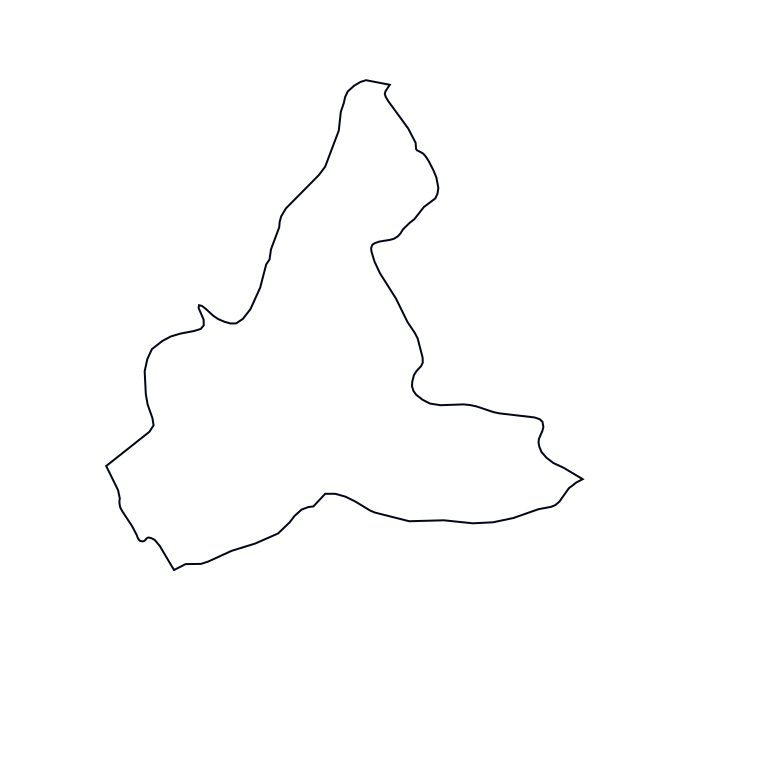 the Province of Imbabura, rotated 119°
{"feature_id": "ECU-1410", "entity_name": "Imbabura", "entity_type": "Province", "adm_level": 1, "iso_a3": "ECU", "parent_name": "Ecuador", "parent_adm1": "", "projection": "equal_earth", "projection_center": [-78.392, 0.503], "detail": "fine", "context": "isolated", "style": "outline", "palette": "ink", "viewbox_px": 768, "rotation_deg": 119, "n_neighbors": 0, "source": "natural_earth", "source_scale": "10m", "svg_char_len": 2146}
<svg xmlns="http://www.w3.org/2000/svg" viewBox="0 0 768 768"><g transform="rotate(119 384 384)"><path d="M648.5,477.5L634.4,501.5L631.5,509.0L631.7,513.1L632.1,514.6L632.5,515.6L633.2,516.2L633.9,516.7L635.0,517.0L636.2,517.1L637.4,517.6L638.6,518.6L639.5,521.1L639.0,523.0L637.7,525.1L636.0,527.0L630.4,535.5L622.2,551.2L620.1,554.5L618.5,556.0L616.5,557.6L614.4,558.8L612.3,559.5L605.8,565.1L590.4,587.2L539.5,566.0L531.9,565.5L526.3,569.8L516.4,580.9L508.5,587.3L488.9,599.5L476.9,603.1L466.0,603.9L453.6,598.6L445.8,593.5L438.9,586.8L429.6,575.7L424.7,571.0L420.1,570.1L415.2,572.9L407.4,583.0L404.8,584.0L404.0,581.1L404.6,576.8L407.1,566.4L407.6,560.7L406.9,553.6L405.5,547.7L402.7,542.7L395.4,539.0L383.3,537.1L359.8,539.0L336.6,545.0L330.5,544.5L321.1,548.1L297.8,551.6L292.9,553.8L287.3,555.2L277.9,554.9L233.0,542.3L222.4,540.8L184.3,546.4L166.9,553.7L157.6,555.4L152.0,557.1L145.6,557.5L137.7,554.8L131.2,551.0L127.0,547.0L119.5,524.0L127.2,524.6L129.8,524.0L131.9,521.9L134.4,517.7L148.8,486.7L157.7,473.3L162.9,469.9L163.6,468.4L163.4,464.5L163.5,461.4L164.8,457.8L167.4,453.0L172.9,444.7L177.8,438.5L186.2,431.5L191.6,429.5L196.8,429.1L209.8,434.9L225.3,437.4L230.6,439.7L239.6,442.4L244.5,442.6L248.2,443.5L252.1,445.7L255.0,448.6L261.5,456.9L265.2,460.3L267.8,461.7L271.3,461.2L274.1,459.3L281.5,451.7L289.1,441.2L303.5,414.9L318.4,393.5L324.5,381.6L327.9,376.6L342.1,363.1L346.4,360.5L350.2,360.2L357.2,361.9L361.8,362.1L368.0,360.5L372.3,358.5L375.7,355.0L377.8,350.7L379.1,342.6L378.8,334.2L375.1,324.2L363.3,304.6L360.8,298.8L358.8,292.4L355.5,274.5L353.6,268.5L340.3,236.2L339.3,230.8L340.2,227.1L344.4,223.7L348.5,222.7L356.9,221.9L360.4,220.4L363.4,217.9L367.1,213.4L369.7,206.2L371.0,197.5L370.2,186.5L370.9,164.1L376.8,168.0L385.6,171.8L401.9,173.6L407.0,175.5L410.7,178.6L418.5,188.1L438.5,205.9L452.1,221.6L462.8,238.8L474.2,265.6L491.8,295.4L500.9,329.8L501.4,334.9L500.7,352.2L501.2,363.0L503.6,373.2L508.5,382.2L525.3,386.4L528.2,390.4L533.8,395.2L542.8,398.3L550.6,399.4L566.1,404.2L586.1,419.4L603.9,436.5L624.8,451.9L630.1,456.9L637.7,470.2L648.5,477.5Z" fill="none" stroke="#020617" stroke-width="2"/></g></svg>